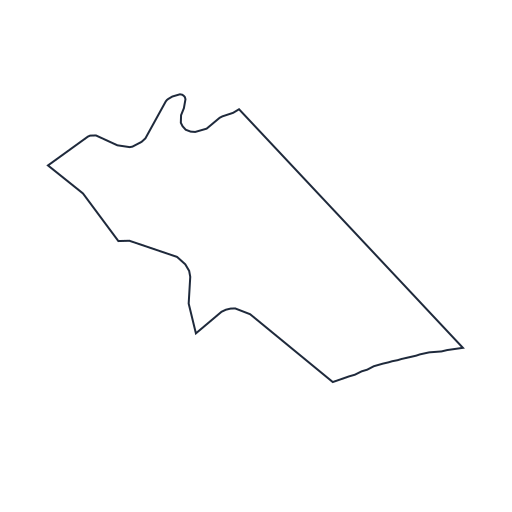 the London Borough of Haringey, rotated 42°
{"feature_id": "GBR-2766", "entity_name": "Haringey", "entity_type": "London Borough", "adm_level": 1, "iso_a3": "GBR", "parent_name": "United Kingdom", "parent_adm1": "", "projection": "equal_earth", "projection_center": [-0.107, 51.584], "detail": "fine", "context": "isolated", "style": "outline", "palette": "slate", "viewbox_px": 512, "rotation_deg": 42, "n_neighbors": 0, "source": "natural_earth", "source_scale": "10m", "svg_char_len": 890}
<svg xmlns="http://www.w3.org/2000/svg" viewBox="0 0 512 512"><g transform="rotate(42 256 256)"><path d="M263.1,353.7L237.8,336.4L221.1,315.5L216.3,311.8L209.0,309.5L198.0,309.5L151.7,329.4L143.7,337.0L85.6,325.3L40.8,327.9L51.2,279.7L52.2,277.5L56.4,273.5L78.9,266.5L89.3,259.6L91.0,257.4L94.6,247.7L95.1,242.6L85.5,201.5L85.4,199.6L85.7,198.0L87.1,193.5L91.3,186.7L93.3,185.5L95.1,185.3L96.8,185.5L98.7,186.7L103.5,194.4L106.1,201.5L111.0,207.3L114.6,208.7L119.3,209.2L124.2,207.3L127.8,204.5L134.1,194.4L136.5,177.6L137.6,174.7L143.2,164.9L145.2,158.3L471.2,185.8L461.0,198.0L457.7,202.8L449.2,211.7L443.6,219.5L441.7,222.9L433.0,235.2L431.0,238.6L427.6,243.1L425.6,246.4L422.3,251.1L417.3,259.1L414.7,266.1L411.7,271.0L408.9,278.1L405.7,283.2L397.4,298.3L290.6,303.2L275.6,308.9L272.3,312.1L269.6,316.0L267.7,320.5L263.1,353.7Z" fill="none" stroke="#1e293b" stroke-width="2"/></g></svg>